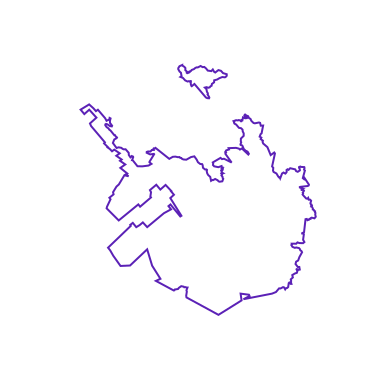 outline of San Juan Guichicovi, Oaxaca, Mexico, rotated 320°
{"feature_id": "50627088B47369730342586", "entity_name": "San Juan Guichicovi", "entity_type": "district", "adm_level": 2, "iso_a3": "MEX", "parent_name": "Mexico", "parent_adm1": "Oaxaca", "projection": "robinson", "projection_center": [-95.052, 17.105], "detail": "fine", "context": "isolated", "style": "outline", "palette": "violet", "viewbox_px": 384, "rotation_deg": 320, "n_neighbors": 0, "source": "geoboundaries", "source_scale": "gbopen_adm2", "svg_char_len": 6102}
<svg xmlns="http://www.w3.org/2000/svg" viewBox="0 0 384 384"><g transform="rotate(320 192 192)"><path d="M162.5,307.2L188.0,321.3L192.0,322.6L196.8,321.8L197.8,322.8L200.6,323.4L201.2,324.3L200.8,326.5L202.1,326.1L203.3,326.7L204.6,326.6L207.5,324.0L208.3,323.9L208.6,325.9L209.1,326.3L209.9,324.5L210.8,323.9L211.5,322.4L214.3,322.3L215.4,320.1L218.2,320.5L220.4,321.3L221.9,320.3L222.4,318.4L222.8,318.4L223.5,320.1L224.7,320.7L226.0,318.4L224.9,317.5L225.0,313.7L227.0,312.3L229.3,312.7L232.4,310.9L237.6,308.9L237.9,307.5L237.5,306.3L238.0,304.8L237.9,303.7L236.2,301.5L234.9,300.9L233.7,298.6L234.0,296.5L234.9,296.4L235.2,295.7L238.6,298.6L240.4,298.4L241.4,300.1L244.2,302.6L245.9,302.6L246.4,300.0L250.6,296.2L250.4,295.2L249.1,294.2L252.0,294.8L261.5,285.8L262.6,286.4L262.4,287.8L263.1,287.9L263.5,288.4L264.5,288.1L265.5,288.8L266.0,288.3L267.2,288.6L268.9,290.9L270.9,290.5L271.9,288.5L273.1,287.4L273.2,286.5L273.9,285.9L273.5,284.8L273.8,284.1L273.3,283.0L274.0,282.3L274.4,280.5L274.0,279.8L275.2,279.5L275.4,278.6L274.9,278.4L275.5,276.7L277.6,275.3L277.6,273.9L276.5,272.9L277.2,271.2L276.2,271.4L275.3,270.4L275.1,266.8L275.1,265.0L276.4,264.4L276.5,263.6L278.6,263.0L278.7,262.5L278.6,261.8L277.3,260.9L278.0,259.8L278.8,260.2L277.5,257.9L277.8,257.5L278.3,257.7L284.5,261.8L285.6,262.0L286.3,261.5L287.2,253.6L286.1,254.2L285.8,252.6L292.3,248.1L292.2,246.9L293.6,246.0L294.0,245.1L291.4,242.6L291.3,242.1L290.1,241.7L289.6,242.2L289.3,243.7L288.5,244.8L286.0,244.5L285.2,243.0L285.6,241.0L282.5,236.9L280.2,237.1L279.8,236.0L278.6,235.9L277.4,237.5L275.8,237.9L275.3,237.9L274.6,235.9L272.9,235.7L268.4,238.2L268.8,237.1L268.1,237.0L268.0,235.6L268.6,232.1L267.4,229.1L267.8,227.7L269.8,225.7L269.8,223.9L280.3,215.8L280.4,214.6L276.0,214.3L278.6,206.1L277.7,200.6L278.3,198.9L279.2,198.5L279.5,199.0L278.6,195.6L280.1,194.9L279.4,193.1L281.7,191.8L283.0,191.8L289.2,186.8L287.3,185.4L288.6,182.8L288.0,181.8L284.3,179.8L283.5,178.7L283.2,175.7L283.8,173.5L283.2,172.1L283.7,169.9L282.7,168.2L282.6,166.9L282.3,166.7L281.3,167.0L280.9,168.4L281.2,169.4L282.1,170.4L281.6,170.7L280.1,169.7L279.0,167.6L276.8,169.4L276.3,168.8L275.4,169.6L275.0,169.4L274.8,167.9L274.0,166.9L273.2,166.7L271.9,165.3L269.4,164.4L269.4,165.5L268.7,165.9L268.5,167.0L269.2,168.7L269.2,173.0L270.6,174.7L270.8,176.7L269.8,178.2L269.3,180.3L267.7,182.2L263.8,182.5L261.9,184.6L261.7,185.5L259.7,186.7L259.5,187.2L260.3,188.4L260.3,189.2L259.3,192.3L259.7,195.5L260.1,195.7L260.5,197.0L260.1,199.3L259.2,199.5L258.2,190.7L256.0,190.3L255.8,188.9L254.1,186.5L248.2,181.9L247.7,183.2L245.0,182.1L243.2,182.7L243.5,183.6L242.1,184.2L241.3,194.9L237.9,187.1L236.1,186.1L235.8,184.2L226.9,182.7L226.5,183.9L225.4,184.8L225.5,186.6L228.1,189.9L231.3,191.1L230.7,192.1L231.2,192.9L230.2,192.9L230.6,194.0L229.8,194.7L229.5,194.8L229.4,194.1L229.0,193.9L228.1,194.3L228.0,195.3L227.3,196.0L227.9,197.6L226.3,196.9L226.2,198.0L225.2,198.3L225.2,199.9L224.5,200.9L224.4,202.0L222.1,203.3L219.8,201.9L219.2,200.9L219.2,199.5L218.1,196.9L215.9,196.5L215.4,195.9L213.8,195.7L215.7,192.1L215.3,189.5L215.6,187.6L216.6,185.6L217.7,184.7L217.6,184.0L216.5,183.2L216.0,180.5L217.4,178.3L217.7,177.2L216.3,175.8L215.7,173.0L216.4,170.2L216.7,166.2L213.7,164.6L208.4,163.6L206.3,161.5L205.6,160.0L205.7,159.1L204.9,158.3L204.9,157.2L203.6,156.3L202.0,154.2L199.9,152.7L195.9,152.0L192.4,134.8L191.8,134.9L190.9,134.0L190.4,134.0L189.8,135.2L188.2,134.0L186.2,134.3L184.4,132.7L183.1,132.2L182.5,132.8L184.1,136.3L187.3,138.3L187.3,138.7L178.9,141.5L178.5,141.9L179.0,144.4L175.7,143.8L170.4,140.4L166.8,137.2L167.0,129.2L166.7,129.0L169.4,127.5L169.6,127.0L169.0,125.8L168.3,126.1L167.9,125.7L167.1,125.8L167.4,123.0L168.7,121.3L168.6,116.6L167.1,115.4L166.5,114.2L166.3,112.8L164.5,110.6L162.5,109.8L162.9,103.6L166.2,101.8L168.9,102.3L169.6,102.0L169.3,100.4L169.5,98.8L169.0,98.5L169.1,92.5L168.7,91.0L168.9,89.6L168.3,87.4L168.5,85.1L169.1,84.5L169.9,84.6L170.7,85.8L171.5,88.7L172.7,90.2L173.4,89.9L173.6,86.4L174.8,84.8L176.9,83.3L176.5,82.3L175.3,83.3L172.3,82.5L172.9,79.6L172.8,68.5L170.4,68.3L170.3,64.5L169.5,58.8L159.6,57.3L159.6,63.1L166.2,62.9L166.6,73.6L157.9,73.9L157.1,76.6L157.2,98.0L155.9,98.2L156.4,103.6L156.0,103.6L156.7,106.3L156.9,109.4L159.7,109.6L161.5,115.9L157.3,115.6L159.0,121.9L156.9,121.8L158.6,128.0L152.6,127.5L154.3,136.2L152.9,136.0L153.5,139.2L151.0,135.7L140.8,139.2L137.6,139.3L131.4,141.4L130.4,143.4L125.0,143.3L124.9,145.2L117.5,148.6L116.1,149.6L117.6,166.7L142.9,167.0L142.8,169.9L157.1,169.8L157.2,168.7L160.5,165.8L161.0,163.5L169.3,163.5L169.3,169.8L176.3,169.6L176.8,178.0L176.4,178.0L176.4,182.5L171.5,182.7L168.6,203.4L167.3,203.2L167.5,187.7L164.9,187.7L164.8,191.8L156.9,190.2L135.1,190.1L134.8,183.7L130.6,183.7L126.7,183.1L126.8,177.6L123.5,177.5L123.3,178.6L91.9,180.7L91.8,184.1L90.7,190.3L89.7,202.7L97.3,208.5L120.8,207.1L114.1,222.8L112.0,238.2L107.2,236.9L114.7,255.7L115.3,256.0L116.1,255.6L118.9,257.3L120.2,257.0L123.2,257.2L124.8,259.2L124.8,260.0L126.0,260.8L126.3,261.6L127.1,262.3L124.6,263.7L124.0,265.0L120.9,267.7L120.0,269.2L133.3,303.1L160.3,306.9L163.9,301.1L169.6,307.3L169.2,308.7L162.5,307.2ZM260.2,93.5L258.5,96.5L257.1,96.4L258.4,98.8L258.5,102.1L259.6,104.5L260.9,105.1L261.2,106.0L262.1,106.0L262.4,106.4L260.5,108.4L259.7,110.3L259.8,110.8L263.3,110.8L263.4,128.5L264.0,129.9L265.3,131.2L265.9,130.9L266.2,130.1L266.6,127.3L267.2,127.1L267.6,126.5L267.9,124.7L269.2,122.5L269.0,120.3L270.5,121.0L271.5,122.6L272.8,123.2L274.2,122.9L275.3,123.2L276.7,122.0L279.4,122.2L280.8,120.7L283.5,122.0L286.1,122.4L289.1,123.4L290.9,125.3L291.7,125.5L293.3,125.3L294.3,124.1L292.2,120.9L292.1,117.8L290.6,115.6L286.6,115.4L286.2,114.1L286.7,111.5L284.5,111.8L282.1,109.1L282.2,106.5L281.8,104.1L280.4,103.2L279.6,101.0L276.5,100.3L275.8,99.6L274.4,99.1L272.5,99.1L270.2,98.3L269.0,98.6L267.5,98.0L267.2,98.0L267.2,98.6L266.0,98.6L266.0,99.0L265.7,98.2L264.7,97.9L264.6,97.2L265.5,96.7L265.2,94.4L266.6,92.8L266.6,91.2L265.8,88.7L266.1,88.4L263.3,87.6L261.1,88.3L260.4,89.1L259.9,91.8L260.2,93.5Z" fill="none" stroke="#5b21b6" stroke-width="2"/></g></svg>